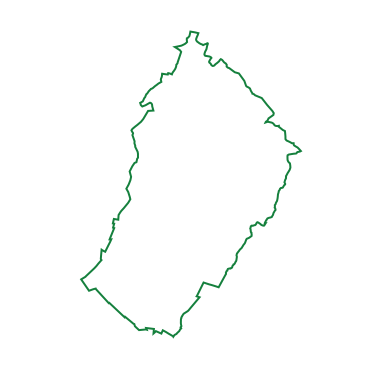 the district of Sanmartin, Harghita, Romania, rotated 294°
{"feature_id": "2599482B50475044485744", "entity_name": "Sanmartin", "entity_type": "district", "adm_level": 2, "iso_a3": "ROU", "parent_name": "Romania", "parent_adm1": "Harghita", "projection": "albers", "projection_center": [25.991, 46.26], "detail": "fine", "context": "isolated", "style": "outline", "palette": "green", "viewbox_px": 384, "rotation_deg": 294, "n_neighbors": 0, "source": "geoboundaries", "source_scale": "gbopen_adm2", "svg_char_len": 6091}
<svg xmlns="http://www.w3.org/2000/svg" viewBox="0 0 384 384"><g transform="rotate(294 192 192)"><path d="M249.6,271.9L251.9,272.2L253.1,272.1L254.2,272.0L255.8,271.2L257.1,270.4L258.0,269.8L258.5,268.3L259.1,267.3L260.1,266.3L261.7,265.5L263.4,264.7L264.4,264.4L265.6,265.2L266.8,267.0L268.3,269.3L269.4,271.3L269.8,271.7L270.9,271.9L271.3,272.0L272.8,274.1L273.7,274.8L274.8,272.4L275.6,270.3L275.8,268.2L276.1,266.3L276.7,265.6L277.9,265.0L277.2,263.3L277.4,261.9L277.5,259.8L277.5,257.6L277.7,257.0L278.3,255.9L280.9,254.7L283.8,253.1L285.5,252.1L285.6,249.7L286.9,244.8L287.8,244.4L287.0,243.3L286.5,241.8L286.5,240.4L286.8,239.9L287.5,238.7L287.8,237.4L287.8,236.5L287.0,232.6L285.4,230.9L286.2,230.9L286.8,231.3L287.8,231.9L290.4,232.0L295.5,235.0L297.3,234.6L298.7,232.5L299.6,230.6L302.1,225.2L306.2,217.5L306.0,210.3L306.5,208.9L306.5,208.0L306.4,207.2L306.7,207.1L307.7,205.6L308.5,204.5L310.1,202.9L310.5,201.3L310.6,199.0L311.0,198.2L314.8,194.6L319.4,186.6L318.8,182.4L320.3,175.7L320.2,174.0L320.7,172.6L322.3,172.0L323.1,170.7L323.5,168.6L324.9,165.9L325.1,164.3L324.0,163.8L322.5,163.6L321.4,163.1L320.1,162.5L318.9,161.8L317.7,161.2L317.0,161.1L316.6,160.9L316.0,160.3L315.6,159.8L315.6,159.0L315.8,158.3L316.0,157.8L316.8,156.9L317.1,155.9L317.3,155.2L317.8,154.7L318.4,154.6L320.9,154.8L322.4,155.2L322.8,154.5L322.9,153.0L322.5,151.3L321.8,148.7L322.5,147.5L323.7,147.1L325.0,147.0L325.7,146.9L326.3,147.0L328.4,147.1L331.6,146.4L332.7,146.3L333.9,146.2L334.2,145.9L334.2,145.6L333.8,145.2L333.3,145.0L332.7,144.3L331.9,143.4L330.7,142.4L330.9,141.5L330.8,139.7L330.9,138.2L331.2,137.1L331.4,135.9L331.6,135.3L332.3,134.2L333.2,133.6L335.3,133.4L337.8,133.4L339.7,133.2L339.0,129.6L337.9,125.3L335.2,125.9L333.3,126.2L331.4,125.6L330.3,124.8L329.0,125.3L327.6,126.1L327.0,126.5L325.7,126.0L324.4,125.3L322.9,124.1L321.4,122.8L318.9,119.4L317.5,117.4L317.0,120.7L316.6,123.3L315.6,125.1L311.5,125.5L309.4,125.7L306.2,126.0L304.9,126.1L303.8,126.4L302.8,126.2L302.0,125.9L300.1,126.5L298.5,126.6L297.6,126.6L295.8,126.3L295.2,126.2L294.5,126.0L293.1,125.7L291.3,125.8L291.2,123.3L290.9,121.9L289.5,122.1L288.7,119.6L287.9,116.6L287.4,116.7L287.2,116.8L286.8,117.1L286.3,117.2L285.7,117.3L285.1,117.5L284.1,117.6L283.2,117.6L282.2,117.7L280.1,119.2L277.4,117.2L275.1,116.0L274.0,115.3L273.3,115.0L272.1,114.4L271.5,114.2L270.1,113.3L269.5,112.6L268.6,112.3L266.5,111.5L264.2,111.1L263.6,111.0L262.8,110.5L262.1,110.5L261.4,110.5L260.9,110.5L259.8,110.6L259.2,110.5L258.8,110.3L258.0,110.2L257.2,110.2L255.6,110.2L254.8,110.2L252.3,108.4L251.4,109.3L250.7,109.8L250.3,110.7L249.9,111.8L252.3,114.2L253.2,114.9L254.1,115.5L256.5,117.3L256.5,118.7L255.8,119.8L254.7,120.5L254.1,120.8L250.7,123.6L248.2,118.9L238.9,117.8L235.5,116.9L231.1,114.8L228.5,113.4L225.4,111.9L223.7,111.6L222.7,112.8L222.0,114.0L221.4,114.4L219.8,114.4L215.0,118.9L213.1,119.6L211.1,121.4L210.2,121.7L206.6,126.0L204.6,127.3L204.2,127.4L201.4,128.7L200.1,128.4L196.6,129.1L195.2,127.7L191.2,127.0L185.4,126.7L181.1,130.2L177.7,130.9L173.1,131.1L168.3,130.7L166.0,133.8L163.6,135.9L162.5,136.9L160.3,138.6L156.2,138.1L149.6,136.3L146.0,135.1L144.1,134.7L141.1,134.3L136.7,135.9L135.6,131.6L131.1,132.5L131.4,133.8L127.3,134.4L127.4,135.6L115.2,136.0L115.6,137.0L115.9,137.5L114.7,137.5L112.9,137.5L109.3,137.3L102.1,137.0L102.3,133.9L102.5,132.9L97.2,134.7L93.8,135.9L93.3,136.3L93.0,137.0L88.6,135.6L85.5,134.8L82.6,133.8L71.8,129.3L71.3,129.2L67.1,126.3L59.9,138.1L62.8,141.1L63.5,141.9L64.6,143.3L64.2,143.7L56.6,161.2L57.1,161.5L50.1,181.5L50.8,181.6L49.4,186.6L47.8,192.2L47.9,193.0L46.2,194.4L45.7,195.7L44.3,199.8L47.7,205.8L47.8,206.7L49.1,205.4L51.4,212.9L47.1,214.4L48.6,215.1L50.2,215.6L50.2,221.6L53.8,221.6L53.5,225.2L53.0,228.8L52.9,230.1L52.6,232.5L52.7,233.2L52.2,233.8L53.9,234.1L54.3,234.2L54.7,234.5L55.3,235.0L56.0,235.5L56.5,235.7L57.1,235.8L59.7,236.9L60.7,237.0L61.6,237.0L63.0,237.6L63.3,237.2L63.5,236.7L64.0,236.6L64.8,236.9L65.0,236.9L65.7,236.5L66.0,236.2L66.9,235.6L67.8,235.1L71.4,233.6L72.4,233.6L73.0,233.3L74.2,233.5L74.3,233.4L74.7,233.5L75.1,233.5L77.4,233.9L80.9,236.2L81.9,236.8L83.2,237.2L85.4,237.8L98.9,241.7L98.6,238.7L99.2,238.8L114.0,239.4L114.6,245.2L115.0,247.8L115.5,252.0L115.8,255.1L128.1,256.1L130.3,256.3L131.0,256.4L132.0,255.8L132.8,255.8L133.5,255.7L134.0,255.9L134.6,256.3L135.0,256.2L135.4,256.0L136.3,256.1L136.5,256.3L137.1,257.0L137.3,257.4L137.8,257.9L137.7,258.2L138.0,258.5L138.3,258.7L139.2,259.3L139.7,259.3L140.5,259.1L141.3,259.1L141.8,259.4L142.3,259.4L142.7,259.4L142.8,259.7L143.3,260.0L144.9,260.2L145.6,260.2L146.3,260.2L146.7,260.4L147.7,260.3L149.1,259.9L150.2,259.6L150.6,259.5L151.5,259.1L152.1,258.5L152.6,258.4L153.2,258.2L154.1,258.1L154.6,258.3L155.1,258.3L157.0,258.8L157.8,259.0L158.6,259.1L159.2,259.3L161.0,260.1L164.9,260.6L165.8,260.9L166.8,261.1L167.7,261.1L168.7,261.0L169.4,261.0L170.3,260.9L171.3,261.0L171.7,261.2L172.5,262.0L173.2,262.6L173.7,263.0L176.0,264.3L177.0,264.0L177.8,263.6L178.4,263.1L178.9,263.0L179.1,262.8L179.3,262.2L179.6,261.9L180.7,261.3L181.4,260.9L181.8,260.6L182.2,260.1L183.2,260.0L184.6,259.7L185.4,260.2L185.7,260.4L185.8,261.2L187.2,262.7L187.4,263.1L187.9,263.4L189.1,263.6L190.0,263.6L190.7,263.8L191.1,264.3L191.0,264.7L191.0,265.3L190.8,266.3L190.6,267.5L190.1,268.8L190.2,270.6L190.3,271.0L190.7,271.6L192.8,271.9L192.5,271.6L192.5,271.3L193.6,271.1L196.6,271.3L196.9,271.5L197.5,271.5L198.6,271.7L199.9,273.0L200.5,273.9L201.0,274.4L201.5,275.0L202.7,275.1L203.8,275.3L204.9,275.2L205.8,275.0L208.7,275.3L209.6,275.6L210.9,274.7L211.3,273.9L212.1,273.8L212.7,273.5L213.7,273.0L214.9,273.3L216.0,273.1L216.7,273.1L218.1,273.3L219.1,273.2L221.2,272.7L222.8,272.2L224.8,271.5L226.5,271.3L228.2,270.9L228.9,271.1L229.7,271.2L230.7,271.1L231.7,271.5L232.4,272.5L232.8,273.0L233.1,273.2L233.6,273.2L234.3,273.3L235.3,273.4L236.1,273.6L236.7,274.0L237.2,273.9L237.6,273.6L237.9,273.2L238.5,272.5L239.5,272.4L240.9,272.2L242.6,272.3L243.1,272.2L243.5,271.9L244.0,271.8L244.7,271.4L245.0,271.5L246.7,271.6L248.3,271.7L249.6,271.9Z" fill="none" stroke="#15803d" stroke-width="2"/></g></svg>